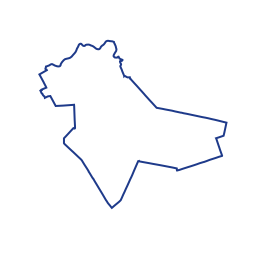 Foeni, Timis, Romania (Albers equal-area conic projection), rotated 192°
{"feature_id": "2599482B56844423144211", "entity_name": "Foeni", "entity_type": "district", "adm_level": 2, "iso_a3": "ROU", "parent_name": "Romania", "parent_adm1": "Timis", "projection": "albers", "projection_center": [20.878, 45.496], "detail": "fine", "context": "isolated", "style": "outline", "palette": "blue", "viewbox_px": 256, "rotation_deg": 192, "n_neighbors": 0, "source": "geoboundaries", "source_scale": "gbopen_adm2", "svg_char_len": 5152}
<svg xmlns="http://www.w3.org/2000/svg" viewBox="0 0 256 256"><g transform="rotate(192 128 128)"><path d="M207.6,174.3L208.1,174.0L209.1,173.7L209.6,173.7L210.2,173.6L211.8,173.8L212.7,173.9L213.4,174.1L213.7,174.3L214.3,174.4L214.6,174.5L215.2,174.6L215.6,174.7L215.8,174.6L216.0,174.5L216.4,174.4L216.8,174.1L217.4,173.6L217.8,173.1L218.2,172.8L218.8,172.4L219.1,172.2L219.7,171.8L220.2,171.5L220.5,171.3L220.8,171.2L221.0,171.1L221.0,170.8L221.0,170.5L221.0,170.3L221.0,170.1L220.9,169.8L221.0,169.5L221.1,169.2L221.1,168.8L221.0,168.6L220.6,168.0L220.3,167.6L218.9,168.4L219.4,168.0L219.3,167.8L223.0,164.5L225.8,162.0L220.0,155.2L219.9,155.0L217.0,151.5L216.3,150.5L220.6,147.5L220.3,147.0L221.4,146.3L219.7,144.0L219.1,143.8L218.8,143.6L218.7,143.5L218.6,143.1L218.4,142.9L218.1,142.7L217.9,142.4L217.5,142.1L217.2,141.9L216.9,141.8L216.6,141.6L216.3,141.5L216.0,141.1L215.6,140.2L212.9,142.3L210.6,143.1L205.5,137.1L203.3,134.5L196.2,136.4L191.0,137.9L186.9,139.1L185.6,139.5L185.2,138.2L183.5,131.4L181.9,125.0L180.9,121.3L180.2,118.7L179.8,116.9L179.9,116.6L180.0,116.4L180.3,116.3L180.8,116.3L181.4,116.5L186.9,107.2L188.5,104.6L188.0,102.3L187.5,99.9L187.3,99.6L186.9,99.3L186.5,99.0L185.0,98.1L181.7,96.1L177.7,93.7L177.3,93.5L173.2,91.0L171.1,89.7L168.6,88.2L167.0,87.2L166.2,86.5L164.9,85.1L163.1,83.2L162.2,82.3L159.8,79.9L157.6,77.6L157.4,77.3L157.4,77.1L156.7,76.5L155.1,74.8L152.6,72.1L151.8,71.3L151.5,71.3L151.0,70.7L149.6,69.1L146.6,65.9L143.9,63.0L139.4,58.2L136.4,54.9L134.5,52.8L133.7,52.1L133.1,51.5L132.3,50.6L130.7,49.3L129.5,48.4L128.1,47.2L127.2,46.5L126.8,47.0L125.6,48.6L124.2,50.4L122.2,52.9L121.2,54.2L120.9,54.7L120.7,55.0L120.4,55.4L120.1,55.9L119.9,56.8L119.5,58.5L118.8,61.9L118.1,64.8L117.5,67.7L116.5,72.0L115.7,75.7L115.1,78.6L114.6,80.5L114.0,83.3L113.3,87.1L112.3,92.0L111.2,97.4L111.2,97.6L110.8,97.8L110.8,97.7L106.1,97.8L100.2,98.0L95.8,98.1L90.0,98.3L86.0,98.4L81.3,98.5L76.2,98.6L71.9,98.6L71.3,96.7L71.2,96.6L68.8,97.8L65.8,99.6L62.8,101.3L61.4,102.1L58.7,103.6L56.1,105.1L53.2,106.8L50.5,108.5L47.0,110.4L46.7,110.5L44.1,112.1L41.5,113.8L38.7,115.4L35.9,117.0L33.1,118.7L30.5,120.1L30.2,120.3L30.2,120.5L31.6,122.8L33.1,125.2L34.5,127.6L36.0,130.1L37.3,132.3L39.6,136.2L39.7,136.3L37.6,137.5L35.4,138.8L32.9,140.3L32.8,143.8L32.8,147.0L32.8,150.3L32.8,153.7L36.0,153.8L38.7,153.9L41.4,154.0L45.0,154.1L47.7,154.1L51.5,154.2L54.3,154.2L57.6,154.1L60.9,154.1L64.4,154.1L67.8,154.1L70.6,154.1L73.4,154.1L76.6,154.0L78.8,154.1L79.6,154.0L82.5,154.0L85.5,154.0L88.5,154.1L91.8,154.0L95.6,153.9L98.1,153.9L101.4,153.8L104.2,153.7L107.0,155.7L109.5,157.5L112.8,159.8L115.1,161.5L117.9,163.5L119.7,164.9L120.0,165.1L122.7,167.1L123.3,167.5L125.6,169.2L128.2,171.1L130.9,173.0L133.8,175.1L135.2,176.1L136.1,177.0L136.3,176.9L136.8,178.0L137.1,177.9L138.7,177.4L140.0,177.6L141.6,178.2L142.2,178.2L142.3,178.2L142.5,177.9L142.6,178.2L143.8,180.0L144.6,181.1L145.6,182.6L146.3,183.8L147.7,185.7L148.0,186.2L148.3,186.7L148.4,186.9L148.0,188.3L148.0,188.9L148.4,189.5L148.9,190.0L149.5,190.9L149.6,191.1L149.7,191.5L149.6,191.8L149.5,192.0L149.3,192.0L149.1,192.1L148.7,192.1L148.4,192.2L148.2,192.3L147.9,192.5L147.5,193.2L147.5,193.4L147.7,193.5L148.4,193.7L149.5,193.8L150.4,194.1L150.9,194.3L151.3,194.9L152.1,195.8L152.4,195.7L153.3,194.6L154.3,194.4L154.9,194.3L155.4,194.2L156.0,194.5L156.6,194.8L157.1,195.4L157.1,196.5L156.8,197.5L156.5,198.5L156.2,199.3L155.9,200.1L155.6,200.9L155.6,201.8L155.7,202.7L156.5,204.2L157.0,205.4L157.3,205.8L158.4,207.4L158.5,207.4L158.9,207.9L159.3,208.5L159.6,209.1L159.7,209.3L159.9,209.3L160.8,209.4L161.4,209.5L162.1,209.4L163.1,209.3L163.8,209.2L164.5,209.2L165.2,209.2L165.8,209.1L166.4,208.9L166.9,208.6L167.2,208.4L167.4,208.2L167.7,207.7L167.9,207.3L168.1,206.9L168.3,206.2L168.6,205.6L168.9,205.0L169.2,204.5L169.7,203.9L170.0,203.6L170.5,203.1L170.8,202.6L171.2,202.1L171.4,201.6L171.5,201.1L171.6,200.8L171.8,200.3L172.0,199.8L172.4,199.4L172.5,199.2L173.0,199.0L173.5,198.8L174.1,198.8L174.8,198.8L175.4,198.9L175.9,199.1L176.3,199.3L177.5,199.9L178.3,200.3L179.3,200.7L179.9,200.8L180.7,201.0L181.2,201.0L181.5,201.0L182.0,201.2L182.5,201.3L183.2,201.4L183.7,201.4L184.4,201.3L185.0,201.1L185.5,201.0L186.0,200.8L186.2,200.7L186.8,200.3L186.9,200.0L187.1,199.7L187.4,199.4L187.7,199.3L188.0,199.1L188.3,199.1L188.7,199.1L189.4,199.3L189.7,199.5L190.0,199.7L190.5,200.1L191.0,200.4L191.1,200.5L191.6,200.6L191.9,200.5L192.1,200.5L192.3,200.4L192.5,200.2L192.8,200.0L193.0,199.7L193.2,199.4L193.3,199.3L193.4,199.0L193.4,198.6L193.5,198.4L193.6,197.8L193.7,197.2L193.8,196.9L193.9,196.6L194.1,195.9L194.4,195.2L194.4,194.9L194.5,194.5L194.6,193.6L194.7,192.9L195.0,191.9L195.1,191.4L195.4,190.8L195.8,190.0L195.9,189.8L196.5,188.8L197.0,187.9L197.5,187.0L197.7,186.6L197.9,186.2L198.5,185.5L198.9,185.0L199.6,184.4L200.3,184.0L201.3,183.5L202.2,183.1L203.0,182.7L203.6,182.4L203.9,182.2L204.2,181.9L205.1,180.8L205.4,180.2L205.8,179.5L206.1,179.0L206.2,178.7L206.4,178.3L206.7,177.5L207.0,176.6L207.0,176.2L207.1,175.9L207.0,175.7L207.0,175.4L207.1,175.1L207.2,174.8L207.3,174.6L207.5,174.4L207.6,174.3Z" fill="none" stroke="#1e3a8a" stroke-width="2"/></g></svg>